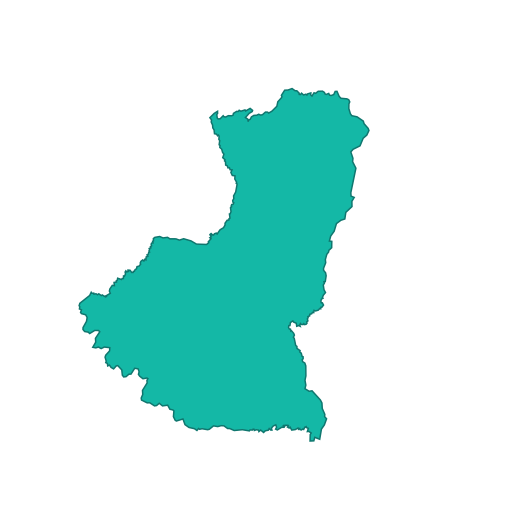 Barcelos, Amazonas, Brazil (Robinson projection), rotated 26°
{"feature_id": "56859067B95046472624752", "entity_name": "Barcelos", "entity_type": "district", "adm_level": 2, "iso_a3": "BRA", "parent_name": "Brazil", "parent_adm1": "Amazonas", "projection": "robinson", "projection_center": [-63.596, -0.141], "detail": "fine", "context": "isolated", "style": "filled", "palette": "teal", "viewbox_px": 512, "rotation_deg": 26, "n_neighbors": 0, "source": "geoboundaries", "source_scale": "gbopen_adm2", "svg_char_len": 6126}
<svg xmlns="http://www.w3.org/2000/svg" viewBox="0 0 512 512"><g transform="rotate(26 256 256)"><path d="M158.9,303.8L157.7,304.9L158.7,307.7L157.6,307.5L157.4,309.6L155.9,309.2L154.9,311.2L155.0,313.1L155.9,313.9L155.3,316.4L153.7,317.7L154.2,319.9L153.3,321.2L153.4,323.0L152.5,323.6L152.8,324.6L151.5,325.3L149.1,324.0L147.3,324.7L147.8,325.2L147.1,326.0L147.8,326.1L146.7,327.1L145.5,326.5L145.4,327.8L146.6,329.4L146.6,331.8L145.7,332.0L146.7,334.4L145.6,334.9L145.4,336.1L141.4,336.6L141.9,338.7L141.3,339.7L142.0,340.6L140.0,342.0L141.7,344.7L139.7,345.4L139.1,349.7L139.6,351.8L141.4,353.4L139.1,356.9L139.4,357.9L138.6,358.7L138.1,358.0L137.3,358.7L134.9,358.4L134.3,359.4L131.3,358.9L130.5,360.3L128.8,360.1L127.1,361.3L126.5,360.5L124.7,361.5L123.8,360.9L123.8,364.4L118.4,375.7L118.8,378.2L119.9,378.9L120.5,381.0L122.7,380.9L123.1,383.7L124.4,384.3L128.7,383.5L131.2,385.3L132.3,389.1L131.9,396.1L132.7,397.9L135.1,399.0L138.6,398.0L140.5,398.6L143.7,393.6L147.1,392.0L148.8,392.6L147.8,400.4L149.7,403.7L149.3,409.6L152.3,408.8L154.3,406.9L157.4,407.1L159.6,404.3L164.8,402.5L166.0,405.5L164.4,411.0L164.7,413.1L167.5,416.2L167.7,417.7L169.5,417.7L170.9,419.8L172.1,418.3L174.6,419.7L177.5,419.9L178.6,416.0L179.8,415.1L185.3,417.2L188.1,421.7L190.1,422.7L192.1,421.4L193.6,417.9L195.4,417.0L196.2,410.1L199.5,409.1L201.7,411.3L202.2,413.9L204.1,415.0L208.2,415.9L211.4,413.5L212.6,413.6L212.5,415.6L213.8,417.8L212.9,426.6L214.9,430.1L215.1,434.0L216.3,435.7L222.5,435.7L224.9,434.5L230.5,435.2L232.2,434.0L233.6,430.8L237.7,431.7L242.0,428.8L245.8,431.5L248.7,430.8L250.1,431.2L252.2,436.6L255.4,439.1L256.8,439.2L261.8,434.5L266.1,438.7L270.9,439.5L276.4,438.2L279.4,438.7L280.0,436.2L281.2,436.5L283.3,434.9L288.7,433.3L290.0,432.2L292.3,427.3L296.4,426.1L299.0,423.8L301.6,422.7L306.1,423.5L308.1,422.6L312.9,422.4L319.9,418.1L326.7,416.1L326.9,414.9L329.1,414.0L329.3,412.9L330.3,412.6L331.0,413.5L332.5,412.0L334.7,411.4L335.6,412.5L336.5,410.4L340.2,411.3L341.0,409.0L343.4,407.2L343.5,405.3L345.5,406.0L346.6,405.5L345.3,403.9L346.1,401.1L347.8,399.1L349.6,400.9L349.5,403.0L351.4,403.0L354.2,398.7L356.0,397.8L354.9,396.7L355.3,396.0L356.4,396.9L356.6,395.3L359.1,394.1L359.6,394.4L359.2,395.9L361.2,396.1L361.7,394.9L364.4,396.8L367.4,394.8L369.2,392.2L370.2,393.1L370.9,391.9L371.6,392.7L373.0,392.5L374.0,390.9L374.9,391.0L374.9,388.5L375.9,387.4L376.3,388.1L378.6,388.0L379.1,391.3L380.4,390.5L383.2,390.9L383.0,392.7L385.7,398.6L389.0,396.8L388.3,393.2L393.6,392.8L390.7,382.9L391.5,377.9L390.8,371.4L388.1,370.3L387.3,368.2L382.4,364.0L379.7,359.2L377.0,357.2L365.5,352.6L363.0,354.3L358.2,353.8L357.4,350.2L354.5,346.2L353.4,341.9L348.9,332.9L346.8,330.8L344.2,330.5L343.0,329.0L343.4,327.7L342.5,325.9L341.3,325.9L339.3,323.5L337.3,323.0L337.1,321.7L333.3,321.1L332.4,319.3L330.9,319.0L326.5,313.3L325.2,312.6L325.2,310.3L323.8,309.0L320.6,307.6L320.2,308.2L319.0,306.6L318.0,307.0L316.6,306.0L316.0,304.2L317.0,303.6L316.1,300.7L317.6,298.2L318.8,298.9L321.7,298.8L323.4,301.3L324.9,299.8L326.5,299.8L325.5,298.8L325.6,297.2L326.7,297.7L328.4,296.9L328.6,295.9L329.6,296.4L330.9,295.5L331.3,294.1L330.4,292.9L331.1,291.6L329.7,289.9L329.9,288.6L329.2,287.7L330.5,286.3L329.9,284.8L331.4,283.5L331.5,281.9L332.7,281.6L332.0,279.4L333.6,279.3L335.7,277.4L336.4,275.2L337.3,275.1L336.8,273.7L337.7,273.1L338.2,270.5L336.2,269.0L335.2,269.5L334.1,268.1L333.7,266.1L334.7,264.6L333.9,264.3L333.7,261.7L334.5,258.4L331.9,256.5L329.2,252.6L329.4,250.5L328.4,249.3L329.5,248.7L327.7,243.0L325.9,240.6L323.0,239.2L322.1,237.4L321.6,231.5L319.9,228.8L318.9,223.5L319.5,220.6L319.0,219.0L320.4,215.4L317.7,209.6L315.4,210.4L314.4,205.3L315.4,199.5L314.1,191.6L316.6,186.7L319.6,183.8L317.6,177.4L320.6,169.5L318.2,164.8L318.6,160.3L315.2,160.5L313.5,157.6L307.3,133.3L301.5,128.9L300.3,125.7L295.6,120.9L296.5,117.5L301.2,111.4L300.7,103.2L302.6,98.8L302.5,93.7L300.8,92.1L295.1,89.7L293.3,87.7L285.8,86.6L280.6,87.9L278.5,86.8L274.8,82.8L272.8,78.5L272.7,76.4L270.8,74.9L268.8,74.9L263.2,77.0L260.8,76.1L256.6,72.5L255.0,73.4L255.1,76.8L253.2,78.8L251.6,79.2L250.1,78.0L248.3,80.0L247.1,80.1L245.8,79.0L243.5,78.7L239.7,80.7L238.3,83.6L236.6,83.9L236.2,87.7L234.5,87.2L233.8,85.4L231.3,87.7L231.2,89.0L229.9,88.7L228.2,90.4L225.5,89.7L225.1,91.5L224.0,91.8L223.4,90.7L220.3,89.6L218.7,90.3L215.0,89.7L212.0,92.8L209.1,94.4L208.4,100.5L209.5,101.4L209.5,102.6L208.0,107.8L209.1,112.3L206.8,118.9L204.7,122.0L203.4,121.6L201.4,122.5L199.9,126.1L198.5,127.3L196.3,127.4L194.9,129.2L192.5,130.5L190.9,133.0L190.9,135.7L189.7,137.0L190.1,138.7L188.6,136.6L185.8,136.2L187.3,130.8L189.3,127.8L189.1,126.6L186.0,125.9L183.1,130.2L182.1,129.5L178.9,132.5L177.0,132.4L176.8,133.8L175.2,134.5L173.2,137.7L173.7,139.4L172.6,140.7L169.6,142.0L167.9,144.3L166.2,144.9L165.0,144.3L163.6,148.4L161.9,149.4L160.7,149.0L158.7,146.0L159.0,144.7L158.0,142.8L155.9,146.2L153.9,151.9L156.4,153.2L157.0,155.2L159.6,157.4L161.0,159.8L163.0,161.0L165.1,164.3L167.1,163.8L168.8,164.8L169.3,163.8L170.4,164.6L171.5,167.5L172.8,168.2L174.1,172.2L175.2,172.4L175.9,174.3L178.3,175.0L180.6,177.6L182.5,178.5L183.0,182.2L186.0,183.1L186.0,184.3L187.2,184.6L188.9,187.6L190.6,187.5L192.2,189.1L193.4,188.3L194.9,189.8L196.7,189.1L196.8,191.9L199.4,194.0L202.0,193.2L203.2,196.1L206.2,198.2L206.4,199.4L207.5,199.6L209.7,207.4L209.5,211.8L210.9,214.2L210.7,216.3L211.6,217.7L212.7,217.9L212.7,219.7L211.6,220.4L211.8,222.1L212.5,222.5L211.9,223.8L214.1,227.1L214.3,229.4L213.7,229.9L216.0,233.4L215.4,234.2L215.8,235.6L214.4,236.5L213.8,240.1L214.6,241.8L214.4,244.8L212.2,248.2L211.4,253.3L210.3,252.8L208.9,254.2L208.7,255.7L206.8,256.5L207.2,255.9L205.8,255.5L205.2,256.9L207.3,258.4L206.5,259.8L208.0,260.2L206.9,264.1L207.7,264.8L206.5,267.3L197.3,271.4L191.0,270.9L183.4,272.2L180.2,275.3L176.5,275.7L171.1,278.3L168.3,278.0L164.5,280.5L160.9,280.7L156.9,283.6L156.1,285.3L157.2,287.3L156.6,288.1L157.7,289.4L156.5,290.2L156.6,291.4L157.7,292.6L157.0,294.0L157.9,294.8L156.7,296.1L157.6,296.9L157.6,298.4L158.6,299.1L158.0,299.8L158.4,302.1L157.6,302.8L158.9,303.8Z" fill="#14b8a6" stroke="#0f766e" stroke-width="1.5"/></g></svg>